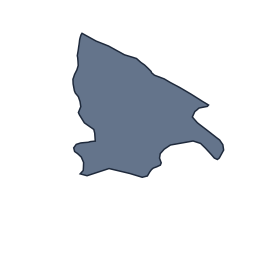 the district of Hwamdeia, Al Jizah, Egypt, rotated 305°
{"feature_id": "37247803B31369022265166", "entity_name": "Hwamdeia", "entity_type": "district", "adm_level": 2, "iso_a3": "EGY", "parent_name": "Egypt", "parent_adm1": "Al Jizah", "projection": "equal_earth", "projection_center": [31.259, 29.901], "detail": "fine", "context": "isolated", "style": "filled", "palette": "slate", "viewbox_px": 256, "rotation_deg": 305, "n_neighbors": 0, "source": "geoboundaries", "source_scale": "gbopen_adm2", "svg_char_len": 1328}
<svg xmlns="http://www.w3.org/2000/svg" viewBox="0 0 256 256"><g transform="rotate(305 128 128)"><path d="M193.0,180.8L192.5,173.6L191.9,160.5L190.9,147.9L189.5,136.3L189.0,129.5L186.4,119.4L186.8,115.5L187.6,114.5L188.4,110.1L189.0,106.1L189.1,105.3L189.1,100.9L189.8,95.1L185.9,83.0L184.0,65.1L180.9,52.0L179.2,36.0L177.4,36.1L175.1,36.8L173.2,37.5L172.3,37.9L170.3,39.0L168.6,39.9L166.1,41.1L164.2,42.1L162.6,42.9L158.1,45.0L156.8,46.4L154.3,48.5L150.6,51.4L146.3,52.8L141.3,53.5L138.3,54.4L136.4,54.9L132.6,57.8L127.7,62.8L126.4,64.9L125.2,69.3L122.1,73.6L118.4,77.1L112.2,78.5L110.9,80.7L107.2,89.3L107.2,95.8L107.2,100.8L104.7,103.7L98.5,108.7L95.4,105.1L93.5,103.6L91.1,100.7L88.6,97.8L84.9,95.0L80.6,94.9L78.1,97.8L78.1,101.4L77.4,106.4L74.3,111.4L70.3,114.0L67.5,115.7L63.0,115.1L65.4,121.8L83.9,135.7L91.8,155.6L95.8,167.9L99.8,171.4L104.5,171.0L107.4,171.1L109.7,171.7L112.7,173.8L116.2,175.8L118.5,175.2L121.4,171.1L125.5,169.1L131.4,169.8L138.4,172.5L146.6,180.7L154.7,188.8L157.0,196.3L155.9,203.1L154.1,211.2L152.9,215.9L153.5,219.3L155.8,220.0L156.7,219.9L164.8,219.0L168.7,215.3L170.7,210.0L170.9,205.2L171.5,194.4L171.8,186.9L171.9,184.5L172.1,181.6L173.3,176.8L173.9,174.4L179.8,173.3L182.4,174.1L183.9,174.4L185.2,174.8L191.2,180.6L193.0,180.8Z" fill="#64748b" stroke="#1e293b" stroke-width="1.5"/></g></svg>